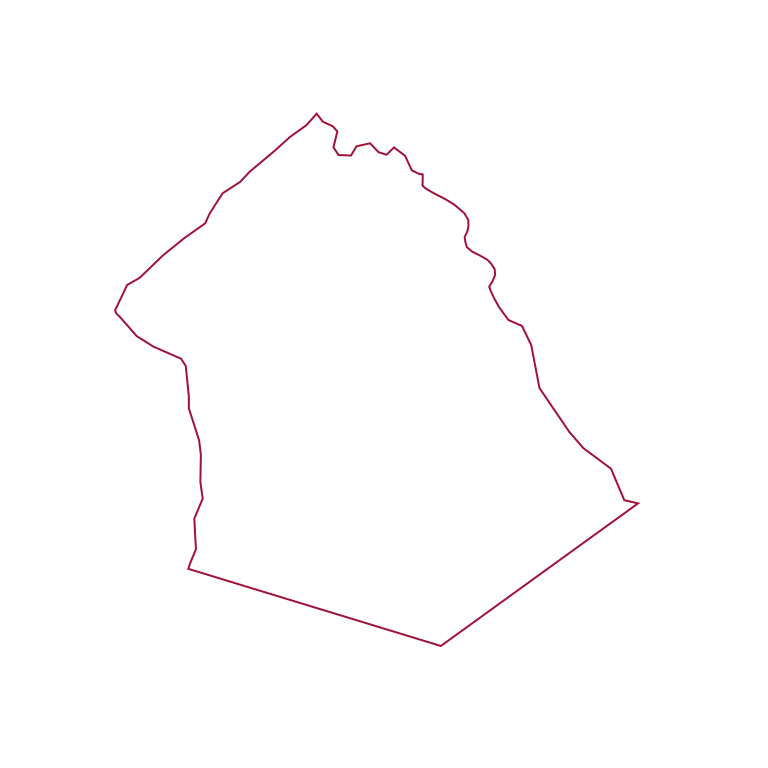 Fond Manger, Anse-la-Raye, Saint Lucia, rotated 108°
{"feature_id": "8701671B97170128709946", "entity_name": "Fond Manger", "entity_type": "district", "adm_level": 2, "iso_a3": "LCA", "parent_name": "Saint Lucia", "parent_adm1": "Anse-la-Raye", "projection": "orthographic", "projection_center": [-61.01, 13.964], "detail": "fine", "context": "isolated", "style": "outline", "palette": "rose", "viewbox_px": 768, "rotation_deg": 108, "n_neighbors": 0, "source": "geoboundaries", "source_scale": "gbopen_adm2", "svg_char_len": 1174}
<svg xmlns="http://www.w3.org/2000/svg" viewBox="0 0 768 768"><g transform="rotate(108 384 384)"><path d="M620.3,513.0L615.6,249.0L419.0,105.5L420.3,119.5L394.4,142.0L383.5,174.4L372.5,192.7L339.8,234.9L301.5,256.0L286.1,270.7L285.4,278.6L284.6,285.6L281.7,289.6L275.1,298.6L268.5,305.7L262.5,311.3L259.0,314.0L252.6,312.5L245.9,312.0L240.5,314.3L236.3,319.5L233.9,324.1L232.0,333.2L231.0,340.7L228.2,347.6L222.9,351.0L219.2,352.7L213.1,351.9L208.1,352.4L202.0,354.5L196.8,360.3L191.9,372.0L189.3,382.6L187.5,393.6L186.6,398.4L185.3,404.5L183.5,408.6L173.5,411.7L172.6,412.1L173.4,415.2L172.2,423.6L160.5,434.4L155.9,447.6L165.2,452.4L165.2,460.8L159.4,471.6L166.4,483.6L176.9,486.0L180.3,498.0L174.5,505.2L158.2,506.4L154.7,512.4L153.5,523.2L147.7,531.6L161.7,537.7L178.0,549.7L196.7,560.5L223.5,577.3L236.3,583.3L252.6,596.5L275.9,602.5L286.4,603.7L307.4,619.3L329.5,633.7L358.7,649.3L369.2,658.9L397.1,662.5L399.6,660.4L401.8,656.0L414.9,633.9L419.7,614.9L422.7,584.8L428.1,578.1L456.1,565.8L467.4,562.1L494.8,542.4L507.9,536.3L534.1,528.3L549.0,521.0L570.5,522.8L583.6,517.9L599.1,511.8L614.5,513.0L620.3,513.0Z" fill="none" stroke="#9f1239" stroke-width="2"/></g></svg>